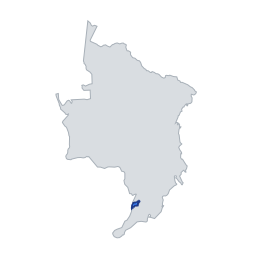 location of Agustín Codazzi, Cesar, Colombia, rotated 177°
{"feature_id": "7082276B21922340436225", "entity_name": "Agustín Codazzi", "entity_type": "district", "adm_level": 2, "iso_a3": "COL", "parent_name": "Colombia", "parent_adm1": "Cesar", "projection": "robinson", "projection_center": [-73.375, 9.994], "detail": "fine", "context": "in_parent", "style": "filled", "palette": "blue", "viewbox_px": 256, "rotation_deg": 177, "n_neighbors": 0, "source": "geoboundaries", "source_scale": "gbopen_adm2", "svg_char_len": 5263}
<svg xmlns="http://www.w3.org/2000/svg" viewBox="0 0 256 256"><g transform="rotate(177 128 128)"><path d="M146.7,26.4L144.2,27.5L139.4,28.9L136.0,35.1L133.8,36.1L131.0,39.8L128.9,44.3L127.3,53.5L123.2,61.3L123.5,61.6L125.2,61.3L126.7,60.4L127.3,60.7L127.9,62.1L129.8,62.4L131.3,68.7L134.1,71.9L134.4,73.2L134.8,75.8L133.8,77.4L133.5,83.1L134.4,84.6L136.6,85.2L138.0,88.7L138.9,89.6L140.2,90.1L143.3,89.6L149.0,90.2L150.3,90.1L153.5,88.8L157.6,90.4L160.5,90.6L168.7,101.5L169.5,101.2L170.5,101.8L172.5,100.7L174.3,100.5L176.6,101.0L179.7,101.1L185.8,99.9L186.7,99.3L190.1,99.9L191.1,100.7L191.6,102.8L191.2,104.0L190.0,105.3L189.4,106.9L189.3,108.9L188.7,110.3L187.6,111.3L187.2,112.7L187.4,114.5L186.8,122.6L187.3,123.3L187.7,126.7L189.1,131.1L189.8,132.3L191.0,133.3L193.2,136.9L192.7,138.2L187.1,143.8L186.8,145.1L187.9,144.6L189.6,145.1L190.2,146.4L194.3,150.4L194.3,151.9L195.5,154.8L195.3,155.5L198.1,163.9L198.2,165.6L195.8,166.1L195.7,160.5L195.4,159.4L192.7,154.3L192.1,153.9L190.4,154.5L187.4,158.2L186.0,158.8L184.8,158.2L183.7,156.0L183.0,155.6L182.3,157.5L183.2,159.1L170.0,159.1L167.4,158.4L163.9,159.3L163.8,167.8L170.1,167.9L171.8,170.3L171.6,172.3L171.9,173.0L170.4,173.4L168.2,172.1L164.3,173.7L161.5,174.1L161.3,183.5L163.0,185.8L166.4,188.3L166.8,190.0L166.6,191.6L167.4,193.7L168.5,194.7L168.5,195.9L169.0,197.3L162.5,237.1L160.1,234.7L159.3,232.5L158.2,231.6L156.0,232.3L153.6,231.2L161.2,217.7L161.0,216.5L154.6,213.2L153.9,212.3L150.9,210.5L149.2,211.1L148.3,211.9L146.0,212.2L144.1,210.8L141.8,209.8L139.2,212.1L138.4,212.1L136.5,213.1L134.4,213.5L131.8,212.4L129.6,213.1L128.1,213.0L127.5,212.3L125.6,211.5L125.4,210.6L126.0,208.9L125.1,205.6L124.8,205.1L123.4,205.0L121.7,203.8L121.4,203.1L121.7,201.8L121.4,200.6L119.7,198.0L117.4,197.3L115.2,195.1L113.0,194.4L112.0,192.8L111.0,189.3L108.7,186.5L107.1,185.6L106.6,184.3L104.9,184.1L102.7,182.3L101.7,182.2L101.0,183.1L98.9,182.2L97.2,180.8L95.3,180.5L94.1,179.7L91.9,177.1L89.6,175.9L88.2,176.4L87.8,178.2L87.0,178.6L84.3,178.1L83.9,178.5L83.1,178.4L79.9,177.0L76.6,176.5L75.8,173.3L73.7,172.2L73.0,170.7L71.6,170.8L66.0,168.0L63.7,166.0L61.7,164.9L59.7,162.6L59.4,161.7L57.8,160.4L58.6,158.7L60.5,157.5L63.0,158.4L63.3,156.5L62.4,154.7L62.8,150.8L63.5,149.9L64.8,149.1L65.7,149.4L66.2,148.8L68.3,149.1L68.9,148.8L70.4,147.2L71.1,146.0L71.8,146.1L73.5,144.0L73.2,141.9L74.7,141.4L76.4,137.9L77.1,137.8L77.5,136.2L80.3,130.4L79.3,131.1L78.2,130.7L78.3,128.7L78.0,128.5L77.1,130.0L76.3,128.5L76.5,126.0L75.2,126.5L75.3,125.9L77.1,124.1L77.9,119.8L77.3,118.3L76.9,112.0L76.6,110.7L75.1,109.2L77.5,107.3L78.4,106.0L77.3,103.2L75.8,100.8L75.8,99.4L76.7,99.5L77.0,95.6L76.2,94.1L75.2,94.0L72.0,88.2L70.9,87.0L71.7,84.2L72.7,83.0L72.5,80.9L73.2,81.0L74.5,82.9L75.1,82.6L77.3,80.8L77.3,79.1L79.0,77.3L76.6,71.3L75.8,70.4L76.8,68.5L77.4,68.6L78.3,70.5L79.8,71.7L82.0,75.0L83.0,75.7L82.3,76.5L82.2,77.3L82.5,77.7L83.8,77.8L84.3,76.9L83.9,72.8L83.4,70.8L82.2,69.4L82.6,68.8L84.9,67.8L89.7,64.0L91.3,60.3L92.5,59.0L94.0,58.2L95.7,58.4L97.0,57.9L97.4,56.8L96.6,54.3L97.6,50.8L97.5,49.1L98.2,48.0L98.0,47.6L96.2,48.9L98.0,46.4L99.3,42.7L106.2,36.2L110.7,37.8L112.1,37.7L110.2,38.5L110.0,39.4L110.6,40.4L111.3,40.7L111.9,40.1L113.4,36.3L113.6,34.2L114.3,33.4L115.2,33.2L119.6,34.1L123.8,33.8L130.6,28.3L135.7,26.0L137.0,23.8L137.3,22.1L138.2,21.4L139.2,21.4L139.8,20.5L142.2,19.0L144.7,18.9L147.4,20.2L148.6,22.4L148.8,23.9L146.7,26.4ZM68.3,148.4L68.0,148.7L67.4,148.1L67.2,147.5L67.6,147.0L68.1,147.2L68.3,148.4Z" fill="#d9dde1" stroke="#a8b0b8" stroke-width="1"/><path d="M127.4,51.8L127.4,51.7L127.5,51.6L127.6,51.3L127.6,51.2L127.7,50.9L127.8,50.8L127.9,50.6L127.9,50.4L128.0,50.4L127.9,50.2L127.9,49.9L128.0,49.9L128.1,49.7L128.3,49.5L128.3,49.3L128.3,48.9L128.4,48.6L128.5,48.4L128.5,48.2L128.6,47.9L128.5,47.7L128.5,47.4L128.5,47.2L128.4,47.3L128.4,47.5L128.2,47.7L128.2,47.8L128.0,48.0L127.9,48.1L127.8,48.3L127.7,48.3L127.6,48.5L127.5,48.4L127.5,48.5L127.3,48.6L127.2,48.7L126.9,48.8L127.0,48.9L126.9,48.9L126.8,49.0L126.7,49.1L126.5,49.3L126.4,49.3L126.2,49.4L125.9,49.3L125.8,49.2L125.7,49.4L125.6,49.5L125.5,49.8L125.4,50.0L125.2,50.2L124.9,50.0L124.8,49.9L124.7,49.9L124.5,50.0L124.3,50.0L124.2,50.1L124.0,49.9L123.9,49.9L123.7,49.9L123.6,50.0L123.4,49.9L123.4,50.0L123.2,50.1L123.0,50.3L122.9,50.3L122.8,50.5L122.7,50.6L122.6,50.8L122.5,50.7L122.5,50.8L122.4,50.8L122.4,51.0L122.2,51.1L122.2,51.3L122.1,51.2L122.1,51.3L122.1,51.2L122.0,51.3L122.3,51.4L122.3,51.5L122.3,51.8L122.2,51.9L122.2,52.0L121.9,52.1L121.8,52.3L121.7,52.3L121.6,52.5L121.4,52.7L121.4,52.8L121.3,53.0L121.2,53.0L121.0,53.3L120.9,53.3L120.7,53.5L120.4,53.7L120.4,53.8L120.2,53.9L120.2,54.0L120.2,54.3L120.3,54.4L120.3,54.2L120.5,54.2L120.8,54.0L120.9,53.9L121.0,54.0L121.0,53.9L121.1,54.0L121.3,54.0L121.4,53.9L121.5,53.9L121.5,54.0L121.8,54.0L121.9,53.9L122.0,53.8L122.0,53.7L122.1,53.8L122.1,53.7L122.2,53.8L122.3,53.8L122.4,53.7L122.5,53.7L122.8,53.6L123.0,53.6L123.3,53.6L123.5,53.6L123.8,53.6L124.0,53.4L124.3,53.1L124.5,53.2L124.8,53.1L125.0,53.2L125.2,53.3L125.4,53.4L125.5,53.3L125.6,53.2L125.8,53.1L126.0,53.1L125.9,53.0L126.0,53.0L126.2,52.9L126.4,52.6L126.5,52.5L126.7,52.4L126.8,52.3L126.9,52.2L127.0,52.2L127.2,51.9L127.3,51.9L127.4,51.8Z" fill="#3b82f6" stroke="#1e3a8a" stroke-width="1.5"/></g></svg>